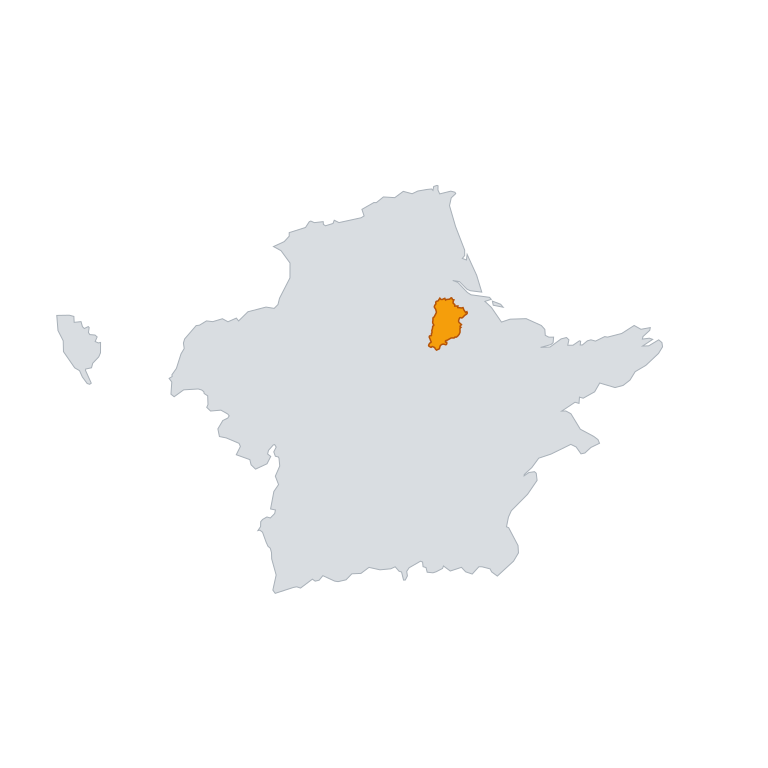 Charente on a map of France (Natural Earth projection), rotated 150°
{"feature_id": "FRA-5277", "entity_name": "Charente", "entity_type": "Metropolitan department", "adm_level": 1, "iso_a3": "FRA", "parent_name": "France", "parent_adm1": "", "projection": "natural_earth1", "projection_center": [0.293, 45.665], "detail": "fine", "context": "in_parent", "style": "filled", "palette": "amber", "viewbox_px": 768, "rotation_deg": 150, "n_neighbors": 0, "source": "natural_earth", "source_scale": "10m", "svg_char_len": 6079}
<svg xmlns="http://www.w3.org/2000/svg" viewBox="0 0 768 768"><g transform="rotate(150 384 384)"><path d="M566.5,320.1L562.2,322.2L559.6,326.4L556.9,327.4L551.9,327.4L549.4,324.8L543.4,326.5L541.0,329.2L544.7,332.5L533.1,346.0L525.6,349.6L524.2,358.5L515.3,365.1L512.1,372.1L511.9,373.5L514.2,375.8L513.4,380.3L508.9,383.3L509.0,386.2L510.3,386.6L517.2,384.3L519.8,381.6L518.3,377.9L525.2,373.4L537.8,374.5L539.5,380.5L538.0,385.6L547.3,396.6L539.6,401.7L539.2,405.1L547.6,416.2L552.8,420.8L550.3,428.2L541.8,433.0L536.3,432.6L534.0,433.8L534.3,436.1L538.3,442.9L547.7,447.3L549.2,452.4L546.7,454.2L542.6,461.9L544.5,465.7L543.9,467.4L544.9,470.0L547.4,472.6L560.4,479.1L572.1,477.9L573.6,481.7L566.8,491.8L567.3,496.3L563.7,496.4L563.1,498.0L556.0,501.3L544.7,511.6L539.3,514.6L537.2,519.8L534.1,522.7L517.5,528.5L514.4,527.2L506.2,527.4L501.1,523.6L491.3,521.3L488.0,515.9L478.9,514.9L478.4,511.3L465.7,514.6L447.7,509.6L441.3,504.4L436.1,505.8L431.6,510.5L412.4,522.9L404.9,535.8L406.5,550.9L411.0,558.3L399.2,557.2L392.2,559.4L390.4,562.5L373.7,558.8L367.6,561.9L365.9,561.7L363.7,558.6L355.5,555.0L356.7,552.5L355.6,550.3L347.9,548.5L345.2,550.7L342.3,546.3L320.7,539.4L317.2,539.5L315.8,546.3L302.0,546.2L300.0,544.9L291.0,546.3L281.5,540.0L271.0,541.2L264.5,534.7L258.2,534.2L249.3,530.9L245.3,529.1L244.8,527.2L242.2,530.2L238.8,529.5L238.1,528.6L240.3,525.0L240.7,520.8L229.7,517.6L226.7,514.6L226.7,513.0L232.7,511.6L238.1,505.7L243.3,484.6L247.2,459.6L249.9,454.9L253.4,453.6L250.6,450.2L247.2,454.7L249.4,431.8L253.4,414.7L262.7,421.7L264.8,424.8L267.5,435.0L272.7,439.3L269.3,435.1L266.0,421.5L264.0,417.7L249.3,406.3L248.8,403.7L255.3,405.1L252.7,396.6L251.3,378.9L242.4,377.1L228.2,369.5L218.5,356.0L217.4,350.9L220.0,345.5L217.8,342.1L213.7,339.8L216.9,335.2L219.8,334.7L230.1,337.4L221.7,333.0L208.1,334.5L202.7,333.0L201.8,329.8L205.5,325.7L201.0,323.1L193.2,323.7L192.3,322.7L194.6,319.7L192.7,318.6L186.3,319.7L182.7,318.8L179.4,315.4L169.2,314.7L166.9,312.8L152.9,308.9L138.1,309.6L134.1,302.9L125.2,299.7L127.0,297.6L136.0,295.6L137.8,293.7L131.3,291.0L129.0,288.3L141.1,287.6L135.7,284.7L124.0,284.9L122.6,280.9L124.2,276.9L131.0,273.2L148.0,269.2L160.3,269.1L169.0,264.4L177.6,263.2L185.7,265.4L196.7,277.0L205.5,271.9L218.6,272.1L221.3,274.9L224.8,269.7L227.7,272.7L243.7,271.7L240.0,269.7L237.0,264.8L236.6,246.7L228.5,233.6L226.5,228.9L227.0,224.9L236.6,225.6L244.5,223.8L248.3,225.0L249.1,233.4L252.4,238.3L274.4,239.8L287.1,242.4L297.8,237.7L307.8,235.5L308.6,234.4L302.8,234.9L297.5,232.8L296.8,230.6L299.6,224.0L314.8,216.7L337.1,210.6L342.8,206.5L349.3,199.1L347.9,197.2L348.7,177.1L352.0,170.5L360.4,165.8L381.9,161.0L384.7,167.4L384.6,170.9L390.4,176.6L393.2,178.3L402.6,175.3L407.2,180.5L408.6,186.5L420.1,188.9L423.5,196.7L425.5,195.0L432.7,195.3L436.0,196.0L440.7,199.4L439.4,204.0L441.5,206.3L439.6,210.5L441.0,212.3L454.1,212.3L458.0,210.4L459.7,206.1L463.6,203.6L465.1,204.4L462.8,212.4L464.6,214.4L465.7,220.1L470.6,220.6L480.4,225.1L488.7,232.7L498.7,231.5L506.7,235.7L514.8,233.4L522.6,235.8L525.3,238.0L532.8,248.6L538.3,246.5L542.2,247.7L543.6,250.8L558.3,249.0L561.0,252.0L564.1,253.1L582.9,257.1L583.3,261.1L572.9,272.5L568.7,288.7L565.7,294.3L564.6,298.6L565.6,301.4L565.2,305.8L563.3,316.4L564.6,319.5L566.5,320.1ZM641.7,540.9L641.0,547.8L643.8,552.7L645.4,572.3L640.2,581.8L639.6,593.3L633.1,607.0L622.1,600.9L618.8,597.6L621.5,592.3L615.2,589.5L616.5,584.4L615.8,581.9L611.4,581.6L611.1,580.3L614.2,576.4L614.1,573.9L609.8,570.9L608.9,568.2L612.9,565.2L610.9,562.4L608.7,561.7L613.9,552.8L617.5,550.1L625.9,547.6L629.2,544.3L634.8,546.1L635.7,545.2L637.1,531.1L639.0,530.9L640.8,532.8L641.7,540.9ZM250.0,397.6L248.7,401.6L243.1,394.7L242.4,390.9L250.0,397.6Z" fill="#d9dde1" stroke="#a8b0b8" stroke-width="1"/><path d="M285.3,403.5L286.4,402.8L287.5,401.8L288.1,400.9L288.2,400.2L288.2,399.6L287.2,396.8L287.2,396.6L288.1,396.5L289.1,396.1L289.6,395.5L289.0,394.6L289.8,394.4L290.5,394.0L290.9,393.4L291.3,392.5L292.3,390.8L294.0,389.5L296.0,388.7L297.7,388.4L298.3,388.6L298.7,389.0L299.2,389.2L299.9,388.8L300.8,389.1L302.4,390.1L303.1,390.3L307.3,390.3L308.8,390.7L309.3,390.5L309.8,389.5L308.8,388.8L309.2,387.9L309.5,387.5L309.9,387.2L310.4,387.0L310.9,387.1L311.2,387.4L311.6,387.9L312.8,389.0L314.5,389.4L316.2,389.0L317.4,387.9L318.0,387.2L318.4,386.9L318.7,386.8L321.6,387.1L321.9,388.3L322.0,388.7L322.0,389.0L321.9,389.5L321.9,389.8L322.0,390.1L322.1,390.4L322.2,390.7L323.4,392.3L323.7,392.4L324.0,392.4L324.5,392.2L324.8,392.2L325.1,392.4L325.3,392.7L326.2,394.4L326.2,394.8L326.0,395.2L325.4,395.7L325.0,396.0L324.5,396.2L324.1,396.4L323.7,396.5L323.4,396.6L322.7,396.5L322.4,396.6L322.1,396.8L322.0,397.3L322.0,398.0L322.0,398.3L321.9,398.6L321.8,399.0L321.7,399.4L321.5,401.3L321.4,402.0L321.2,402.3L321.0,402.5L320.8,402.7L320.0,402.8L319.7,402.6L319.1,402.3L318.8,402.3L318.5,402.5L318.2,403.1L318.0,403.6L317.6,404.0L316.9,404.4L316.6,404.7L315.8,406.5L314.5,407.6L313.9,408.3L313.2,409.4L312.9,409.7L312.5,409.7L312.1,409.7L311.7,409.8L311.5,410.0L311.4,410.3L311.3,410.6L311.4,411.6L311.3,412.0L311.3,412.4L311.0,413.1L310.8,413.5L309.9,414.5L308.9,416.2L308.5,416.7L308.1,417.0L307.9,417.0L307.6,416.9L306.9,417.1L303.2,419.5L302.9,419.8L302.7,420.1L302.5,420.6L302.0,422.4L301.9,423.0L301.9,423.6L302.0,424.8L302.0,425.2L301.8,425.8L301.4,426.2L300.7,426.7L300.2,427.0L299.2,427.3L299.0,427.5L298.9,427.7L298.8,427.9L298.5,428.6L298.2,429.0L297.9,429.2L297.5,429.4L297.2,429.4L296.9,429.3L296.3,429.1L296.0,429.0L295.7,429.0L295.3,429.1L292.7,430.4L292.5,428.9L291.4,428.1L288.5,427.8L288.7,425.9L287.5,425.9L284.9,424.7L283.6,424.9L283.0,425.1L282.6,425.0L282.3,424.6L282.3,423.9L282.4,423.5L282.5,423.3L282.5,423.1L282.3,422.7L281.4,421.9L282.8,420.9L283.4,420.1L283.7,419.2L283.0,417.5L283.1,417.2L283.8,416.1L281.0,414.6L281.3,414.3L281.7,413.6L281.9,413.3L278.7,411.0L277.4,410.7L277.4,410.1L277.8,408.6L277.6,406.0L277.6,405.1L276.1,405.2L276.3,404.0L276.9,403.4L277.7,403.2L279.8,403.1L282.9,402.2L283.8,402.4L284.5,403.2L285.3,403.5Z" fill="#f59e0b" stroke="#b45309" stroke-width="1.5"/></g></svg>